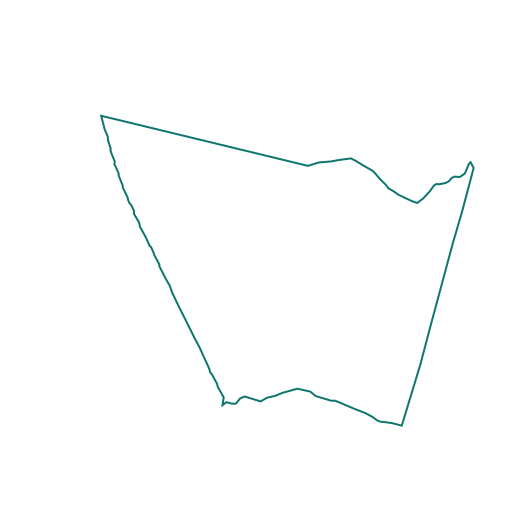 the district of Arlit, Agadez, Niger, rotated 287°
{"feature_id": "23599985B35740417673211", "entity_name": "Arlit", "entity_type": "district", "adm_level": 2, "iso_a3": "NER", "parent_name": "Niger", "parent_adm1": "Agadez", "projection": "albers", "projection_center": [7.12, 19.518], "detail": "fine", "context": "isolated", "style": "outline", "palette": "teal", "viewbox_px": 512, "rotation_deg": 287, "n_neighbors": 0, "source": "geoboundaries", "source_scale": "gbopen_adm2", "svg_char_len": 1417}
<svg xmlns="http://www.w3.org/2000/svg" viewBox="0 0 512 512"><g transform="rotate(287 256 256)"><path d="M358.4,440.1L403.8,438.4L408.4,433.8L406.4,432.7L395.9,431.6L391.1,427.8L390.0,422.7L387.8,420.3L383.8,418.6L381.2,415.9L378.1,410.1L377.7,407.7L375.7,405.7L368.7,403.3L359.8,399.0L353.8,394.6L354.0,390.2L354.7,384.4L356.3,373.9L358.0,369.1L359.4,363.0L361.9,359.6L365.4,352.8L369.5,346.4L371.6,342.5L374.0,331.8L376.0,324.3L377.1,318.3L371.8,306.7L368.3,300.0L363.9,288.9L357.4,279.3L344.8,67.0L332.8,74.3L326.6,79.5L323.6,80.5L316.0,85.8L314.7,85.7L311.2,88.3L305.1,93.3L302.7,93.6L294.5,100.7L292.6,101.3L284.4,107.9L282.3,108.8L274.3,116.2L272.2,117.3L269.6,119.5L268.7,121.2L263.5,126.2L260.7,126.9L253.7,134.6L250.1,136.4L245.2,141.5L242.2,144.6L234.4,151.6L233.7,153.2L230.1,156.3L226.6,159.0L219.6,166.1L218.1,166.4L208.0,176.2L202.4,182.1L196.7,186.4L187.2,195.0L168.1,213.2L159.8,221.0L151.6,229.2L144.3,235.5L139.4,240.0L134.2,244.5L131.4,246.1L129.8,248.6L122.3,256.2L119.8,257.6L111.4,266.4L103.6,267.6L107.6,270.5L107.7,275.8L108.9,279.9L115.3,282.5L118.3,286.3L118.3,303.0L123.5,307.7L127.8,315.1L133.0,321.5L141.2,334.4L142.2,347.5L139.5,353.9L139.6,370.6L140.7,373.4L140.4,378.2L138.6,394.8L137.7,406.9L136.1,414.7L134.1,420.5L134.0,423.9L135.0,428.8L136.0,435.5L136.4,445.0L200.1,444.9L241.4,443.3L298.9,441.4L325.9,440.5L358.4,440.1Z" fill="none" stroke="#0f766e" stroke-width="2"/></g></svg>